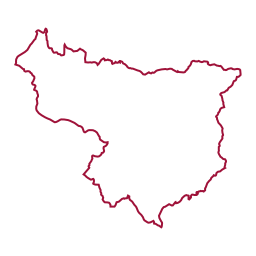 Muong La, Son La, Vietnam (Natural Earth projection)
{"feature_id": "81297802B85331365285334", "entity_name": "Muong La", "entity_type": "district", "adm_level": 2, "iso_a3": "VNM", "parent_name": "Vietnam", "parent_adm1": "Son La", "projection": "natural_earth1", "projection_center": [104.061, 21.526], "detail": "fine", "context": "isolated", "style": "outline", "palette": "rose", "viewbox_px": 256, "rotation_deg": 0, "n_neighbors": 0, "source": "geoboundaries", "source_scale": "gbopen_adm2", "svg_char_len": 5701}
<svg xmlns="http://www.w3.org/2000/svg" viewBox="0 0 256 256"><path d="M225.0,168.0L224.7,167.8L224.5,167.3L225.2,164.9L225.2,163.4L226.0,161.7L225.9,160.6L225.1,159.3L223.3,159.0L222.8,158.7L222.0,157.8L220.3,156.6L219.9,155.6L219.2,154.6L218.4,152.7L218.5,151.8L218.9,150.7L218.8,149.8L218.8,146.9L219.7,145.9L219.6,145.1L219.1,144.0L219.2,143.6L219.9,142.1L222.4,138.6L222.3,136.2L223.0,135.3L223.1,135.0L222.5,132.9L222.2,130.4L222.6,128.4L220.9,125.4L218.4,122.7L217.6,120.3L217.1,119.4L217.0,117.9L216.1,116.7L216.1,116.4L217.6,114.9L218.2,113.7L218.3,112.7L219.0,112.2L219.7,110.9L220.2,109.3L220.8,108.5L221.9,107.8L224.2,107.2L223.3,103.9L223.4,102.6L222.5,100.3L222.4,99.0L221.6,95.9L220.3,94.7L220.3,94.1L221.3,93.0L224.5,92.1L226.6,90.3L227.3,90.3L228.7,87.8L230.5,86.8L232.3,85.0L233.7,81.4L234.2,80.9L234.9,80.8L235.7,80.3L236.1,79.7L236.9,76.9L238.2,76.9L238.8,76.6L240.5,75.1L240.6,74.2L240.2,70.1L239.6,69.4L238.2,69.0L237.1,68.9L234.5,69.4L232.4,69.0L231.8,68.4L230.9,68.3L228.2,68.9L226.4,70.0L225.7,70.1L224.7,69.8L223.8,69.8L221.4,66.6L220.5,65.9L219.4,66.1L217.9,65.7L217.1,65.7L214.3,64.3L211.6,64.8L210.6,65.2L209.9,65.1L208.4,64.4L207.9,63.9L207.8,63.6L208.1,62.9L208.1,62.4L207.4,61.7L203.9,61.3L202.5,62.0L201.6,62.1L200.0,61.6L198.7,60.9L197.5,61.4L196.7,61.4L195.0,61.3L194.1,60.8L192.7,61.0L191.5,62.0L190.8,64.3L190.0,65.6L188.4,67.1L188.4,67.9L188.0,68.6L187.4,69.1L186.5,70.3L185.8,70.7L185.1,71.9L183.9,72.4L183.2,72.4L178.6,72.0L177.8,71.2L177.2,72.0L176.7,71.8L172.7,69.6L171.8,68.9L170.0,68.7L167.1,69.4L165.4,69.0L161.6,69.4L157.5,70.3L156.3,70.8L154.4,72.5L153.7,72.8L152.4,72.5L151.1,73.4L149.6,72.9L148.9,72.3L145.1,74.6L143.2,74.3L141.8,72.7L140.5,71.5L139.3,70.9L137.5,70.4L132.8,68.6L131.6,68.6L130.3,68.1L129.4,68.2L128.4,67.8L127.1,66.6L126.8,65.9L124.9,64.2L123.1,63.4L122.2,61.8L120.2,61.0L119.8,61.0L119.6,61.5L119.9,62.3L119.9,62.5L118.7,61.9L118.0,62.7L116.9,62.8L115.5,61.9L114.7,63.1L113.3,63.4L112.6,63.9L112.1,63.6L111.9,62.6L111.9,61.2L111.7,61.0L111.0,60.9L109.8,60.1L109.0,60.2L107.9,59.5L107.0,60.0L104.8,60.3L104.7,59.5L104.4,59.3L104.3,58.9L103.6,58.4L101.3,59.9L98.6,64.0L97.6,64.9L96.8,63.1L94.9,62.2L93.2,62.2L91.8,62.6L90.3,62.3L88.1,62.5L85.4,62.2L85.0,58.4L85.6,55.0L85.7,52.6L82.7,50.1L80.8,49.3L80.0,48.7L77.3,50.9L73.5,51.4L71.7,49.7L70.8,49.2L67.4,48.2L65.7,46.5L64.7,44.6L64.4,45.3L64.3,52.5L64.1,54.5L63.6,55.0L61.5,55.4L61.0,55.3L60.0,54.2L58.1,54.0L56.9,52.4L56.2,52.3L54.7,52.7L53.9,52.7L53.3,52.1L52.1,49.9L52.0,48.9L51.8,48.5L51.0,48.2L49.7,48.3L48.9,47.8L48.0,46.1L47.5,42.9L47.5,41.6L47.4,40.9L46.7,39.9L46.5,36.0L46.1,35.4L46.1,33.0L47.1,31.8L47.0,31.0L46.4,29.2L46.0,28.8L45.7,28.7L45.2,29.4L44.6,31.5L44.1,32.3L43.5,32.8L42.7,32.7L39.0,30.5L38.2,30.3L37.2,30.7L36.2,31.7L37.0,32.9L37.2,33.8L35.9,37.2L35.4,39.0L34.4,39.8L31.7,43.5L30.4,44.8L27.4,49.9L24.9,52.0L18.6,55.9L17.5,56.8L16.2,59.3L16.0,61.5L16.1,62.9L15.4,64.5L19.3,65.8L22.9,68.9L23.3,69.1L24.0,69.2L24.2,70.6L24.5,71.1L25.6,71.6L27.1,71.2L28.2,71.2L28.9,71.3L29.9,71.8L30.5,72.8L31.5,73.3L32.5,75.2L33.7,76.1L34.3,76.8L34.4,78.3L33.2,81.2L32.0,82.9L32.2,83.7L32.8,84.5L34.4,84.9L35.2,85.4L35.4,85.7L35.5,86.0L35.1,87.3L34.1,89.5L34.1,89.8L36.5,90.9L37.1,91.7L37.3,93.1L38.0,95.1L38.0,96.4L36.9,98.2L36.6,99.3L37.0,100.5L37.4,103.6L36.3,106.5L36.2,108.6L36.4,109.6L36.7,110.5L38.8,113.2L41.7,115.3L45.1,117.3L47.6,118.5L50.1,119.5L54.6,122.2L55.8,122.1L57.5,121.4L60.3,119.7L61.3,119.4L64.3,119.5L68.1,120.1L70.0,120.8L74.5,122.9L78.6,125.9L80.3,126.2L81.6,126.9L82.6,128.1L83.8,131.5L84.4,132.2L85.2,132.3L88.1,130.4L89.2,130.1L92.9,130.2L95.2,131.2L97.0,132.6L98.9,136.0L99.6,136.7L99.8,138.7L100.2,139.6L103.9,142.2L106.0,142.5L107.6,142.2L107.6,143.4L106.9,144.7L105.8,145.9L103.8,146.9L103.5,148.1L104.1,151.0L103.9,151.7L103.0,152.7L101.7,153.0L101.3,154.4L100.2,155.5L98.9,156.4L97.5,156.6L94.8,156.2L93.2,155.5L92.6,155.6L92.2,156.0L92.1,156.8L92.4,158.7L92.0,159.3L91.3,161.1L89.4,163.7L89.3,164.0L89.5,165.1L88.6,166.1L88.6,166.6L89.3,167.7L89.2,167.9L83.6,174.4L85.3,175.6L86.4,176.8L87.9,177.9L90.7,179.6L91.8,179.5L92.7,179.0L93.3,178.9L93.8,179.6L94.0,180.9L93.8,182.3L93.2,183.3L93.4,183.9L95.3,184.6L98.7,184.7L99.4,187.5L100.6,190.1L100.5,191.7L101.3,193.2L101.1,194.6L101.7,195.3L102.5,195.8L103.2,197.8L102.6,199.4L103.8,201.4L104.8,202.3L107.3,202.4L109.0,202.7L109.5,203.2L110.4,204.7L110.5,206.6L114.5,206.6L115.5,205.2L116.6,202.2L117.8,202.0L119.1,201.5L122.0,198.9L123.8,198.3L124.3,198.7L124.6,198.5L127.0,198.2L128.0,195.6L129.3,196.4L129.3,197.1L129.1,198.0L129.9,199.8L132.2,201.6L134.4,204.9L135.4,205.9L136.4,207.3L138.0,211.2L139.0,212.7L141.4,215.0L143.0,217.3L143.7,219.2L144.4,220.3L147.6,222.4L148.6,222.7L150.3,222.4L153.4,220.9L154.0,221.9L154.1,223.6L155.6,223.8L158.0,225.4L159.1,225.7L161.3,227.3L161.5,227.1L161.8,226.1L162.1,223.2L162.0,222.6L160.8,220.7L159.4,218.0L159.0,215.8L162.3,208.8L163.7,207.1L165.2,206.7L169.1,204.2L171.8,205.5L172.8,205.4L175.4,202.1L175.6,202.0L176.1,203.2L177.7,202.9L179.6,201.8L181.1,200.2L182.2,198.0L184.6,195.8L186.3,195.1L186.6,195.3L188.5,195.6L188.7,195.8L188.5,199.0L189.1,199.4L189.3,199.1L190.0,198.7L190.3,197.9L190.8,197.7L191.0,197.2L190.9,196.4L191.1,195.6L191.9,194.7L192.8,194.6L194.3,195.0L196.4,195.0L197.0,194.7L197.7,193.9L197.8,193.5L197.6,193.4L196.5,193.2L196.5,192.4L196.9,192.0L198.3,191.9L199.1,191.3L199.8,191.4L200.6,190.9L202.0,191.2L202.8,191.0L203.7,191.5L204.2,190.9L204.7,190.7L205.1,190.3L205.1,188.3L205.6,187.7L207.3,183.2L209.1,181.0L210.7,179.5L211.3,177.9L213.2,176.1L213.8,175.2L214.8,175.7L215.6,175.6L216.1,175.0L216.4,173.2L217.1,172.4L218.1,171.7L220.1,171.4L222.2,169.6L225.0,168.0Z" fill="none" stroke="#9f1239" stroke-width="2"/></svg>